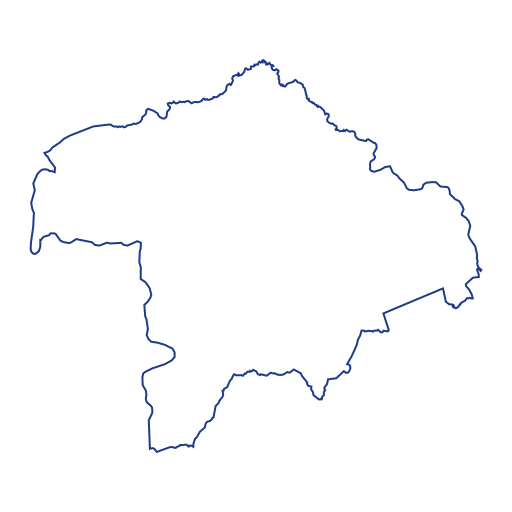 outline of Daffiama Bussie Issa, Upper West, Ghana
{"feature_id": "2480657B92911606303429", "entity_name": "Daffiama Bussie Issa", "entity_type": "district", "adm_level": 2, "iso_a3": "GHA", "parent_name": "Ghana", "parent_adm1": "Upper West", "projection": "robinson", "projection_center": [-2.277, 10.369], "detail": "fine", "context": "isolated", "style": "outline", "palette": "blue", "viewbox_px": 512, "rotation_deg": 0, "n_neighbors": 0, "source": "geoboundaries", "source_scale": "gbopen_adm2", "svg_char_len": 5973}
<svg xmlns="http://www.w3.org/2000/svg" viewBox="0 0 512 512"><path d="M472.8,298.4L471.5,293.9L468.8,289.1L466.1,286.2L465.8,284.2L472.9,277.7L478.8,277.0L478.6,274.0L477.0,269.7L477.8,268.6L478.4,268.5L480.6,270.9L481.3,269.9L478.4,267.3L477.5,265.2L477.2,262.8L477.6,261.1L476.9,258.4L477.1,254.8L475.2,246.4L469.5,238.1L468.5,235.3L468.4,233.6L470.3,225.9L468.6,221.1L466.3,218.0L461.9,215.1L461.8,213.8L463.6,209.5L462.3,206.0L459.3,201.3L455.2,199.2L450.0,194.2L449.6,190.6L448.4,187.8L447.4,187.1L440.4,186.5L436.1,182.3L432.2,182.1L426.1,182.8L423.4,184.7L422.3,188.2L420.8,189.2L413.9,190.3L408.7,189.7L406.8,188.2L404.0,182.6L399.4,178.4L397.5,175.7L393.5,173.1L392.4,171.8L390.1,166.3L385.3,167.0L380.2,169.9L374.1,171.8L370.9,170.7L369.9,168.9L370.3,166.6L369.9,165.2L370.4,162.3L370.7,161.5L373.9,159.4L374.9,157.8L375.0,156.6L373.8,155.1L373.6,153.3L376.6,148.1L376.4,144.8L375.1,143.1L373.7,142.8L368.4,139.3L366.8,139.6L366.3,140.9L365.5,141.0L358.2,139.3L355.8,136.8L355.2,135.5L355.3,133.8L354.3,131.8L351.9,131.1L349.9,131.8L346.3,129.7L345.0,131.1L343.8,130.0L343.0,131.2L341.7,130.9L340.1,131.4L338.0,130.0L335.8,129.9L335.6,129.3L336.8,128.6L336.3,126.1L334.1,125.0L332.7,123.5L331.5,123.8L329.0,122.7L327.3,121.0L327.1,119.3L328.8,116.1L328.5,114.2L326.8,113.5L325.3,114.4L324.0,110.6L320.6,107.3L318.6,106.4L318.0,106.8L317.7,105.8L316.9,106.1L316.4,105.0L314.9,104.5L313.9,103.0L312.5,103.2L311.8,101.8L310.7,101.8L308.8,100.6L308.8,98.8L307.5,99.0L306.6,97.3L306.9,96.1L306.2,94.8L304.9,88.9L304.3,87.7L303.2,87.0L302.7,84.7L300.2,83.0L297.6,82.3L296.3,80.5L295.1,79.9L292.9,82.0L287.5,83.6L285.1,86.5L283.0,86.1L283.1,85.3L282.2,85.5L281.8,84.5L280.8,85.2L279.2,83.0L279.3,79.8L278.5,78.8L279.0,76.5L277.2,73.5L278.4,72.1L278.4,70.6L276.3,69.2L274.9,70.3L272.6,69.7L271.5,67.2L272.3,66.1L273.2,66.0L272.7,65.1L271.1,65.2L269.3,62.9L268.1,64.3L266.3,64.6L266.0,64.2L266.7,63.2L265.4,61.8L264.6,62.2L264.3,60.8L263.1,60.1L262.3,60.5L262.4,62.3L261.4,62.0L260.7,62.6L259.6,61.7L258.5,62.6L258.0,64.6L256.4,64.4L254.9,65.5L254.5,64.9L253.6,66.4L250.9,66.6L250.9,68.9L247.9,69.8L246.2,68.3L245.4,68.4L243.9,72.4L241.6,74.9L238.6,75.8L239.1,74.0L238.4,73.2L237.8,74.8L236.5,74.8L233.2,76.2L232.2,78.3L233.0,80.7L231.0,84.8L230.7,85.0L229.8,83.8L227.5,84.9L226.5,86.8L226.0,90.6L222.2,94.1L219.7,94.4L219.4,95.4L218.3,95.8L217.5,96.8L215.5,97.3L213.5,96.9L213.0,98.3L209.0,99.9L207.6,99.8L207.0,99.1L205.2,99.8L204.4,98.9L203.0,98.9L201.4,101.1L197.9,102.3L196.1,101.9L193.7,102.2L191.6,103.3L188.4,101.0L186.2,101.3L184.6,102.2L183.6,101.8L181.7,102.2L179.6,101.5L178.6,102.6L176.0,103.5L173.6,101.6L172.8,102.8L171.4,103.5L170.3,102.8L167.8,103.5L168.0,104.9L170.1,107.1L170.0,107.7L169.4,109.5L167.3,111.4L166.4,116.9L164.4,118.6L162.0,118.3L159.7,116.9L158.3,115.3L157.6,113.5L153.6,110.8L148.1,108.8L146.2,110.4L146.2,112.6L145.5,114.4L142.2,117.2L142.0,119.3L141.3,120.4L139.7,122.3L135.8,124.0L133.6,123.6L131.7,124.7L127.3,125.4L125.3,127.0L123.9,127.3L122.5,126.3L120.2,126.9L119.2,126.4L117.7,127.2L116.4,126.4L114.5,126.6L112.7,126.0L110.6,124.6L108.3,124.6L93.4,126.4L69.7,135.7L63.7,139.0L59.9,142.5L52.5,147.4L50.2,150.3L47.6,151.9L44.5,152.9L46.2,155.7L47.5,156.3L49.4,160.0L55.0,167.5L54.7,172.2L51.5,171.0L49.7,171.2L48.2,169.9L45.5,169.3L42.7,169.5L40.5,170.8L37.4,174.0L33.3,183.5L34.8,190.2L31.2,202.8L32.4,209.3L33.9,212.8L33.2,227.0L31.0,242.2L30.7,247.6L30.8,250.1L31.7,252.2L33.3,253.6L35.1,254.0L38.8,251.3L40.3,246.8L40.3,239.8L41.2,239.8L42.7,237.6L44.1,236.6L49.1,235.2L50.2,233.6L51.2,233.3L54.6,233.4L55.8,234.1L60.3,240.5L63.1,242.0L69.0,243.1L71.3,242.3L76.2,239.1L91.8,242.2L94.9,244.9L99.4,245.6L106.9,242.7L110.5,243.5L121.2,242.8L123.6,244.8L127.4,245.6L137.3,241.2L140.9,242.8L140.7,248.3L139.8,251.5L139.3,262.3L140.8,267.1L140.7,279.0L145.2,282.0L147.6,285.1L149.7,288.3L151.3,294.7L150.3,297.9L147.5,301.9L144.3,304.9L145.2,316.3L146.4,318.9L147.9,328.9L146.7,335.2L148.5,339.1L151.3,341.8L157.2,342.6L164.8,344.8L172.6,348.7L174.6,352.5L174.6,357.0L171.6,360.5L164.6,364.3L152.5,368.3L145.2,371.9L143.2,373.5L142.4,377.3L142.7,385.2L145.9,390.6L146.4,394.9L145.8,398.6L146.7,402.2L150.9,405.8L151.9,407.3L152.4,411.2L152.2,413.1L148.8,420.1L149.9,448.8L152.3,448.1L154.2,448.7L156.8,451.9L169.8,447.2L172.4,447.0L174.2,447.8L175.9,447.8L176.3,447.1L179.4,446.0L180.2,444.9L182.4,445.2L186.1,444.6L187.9,445.5L188.2,446.4L188.9,446.6L189.6,445.7L191.4,445.7L193.3,446.8L193.4,443.8L195.0,438.8L197.0,437.0L199.8,431.8L204.6,427.7L205.8,423.3L207.4,421.7L210.0,420.9L211.8,419.3L212.6,417.7L213.5,417.5L215.6,406.1L218.7,402.8L219.3,401.0L222.7,396.5L223.2,394.4L222.5,390.8L223.6,390.6L224.0,389.0L227.2,387.1L230.0,380.6L231.4,379.2L233.8,374.4L234.6,374.3L236.0,375.3L241.4,375.2L242.9,375.8L244.2,374.1L245.0,373.5L245.6,373.8L247.5,371.7L249.4,371.8L249.9,370.9L250.8,371.5L251.9,371.2L253.1,369.8L256.4,371.5L257.7,374.0L260.0,375.1L260.8,374.3L266.8,375.7L270.6,372.7L273.3,373.5L274.6,373.2L277.4,374.6L280.3,375.0L283.5,374.5L287.1,372.1L289.8,372.6L293.8,369.5L300.7,373.2L302.0,376.0L307.2,382.4L307.1,383.8L308.4,385.9L311.4,386.6L311.1,389.4L312.8,391.9L313.6,395.3L319.1,399.5L320.7,399.0L321.3,399.5L322.1,398.6L321.9,397.3L324.0,394.8L323.8,392.0L325.2,390.2L324.4,389.0L324.4,387.7L327.0,384.0L328.1,379.3L336.2,378.3L343.9,371.1L346.0,372.9L348.0,372.6L349.1,371.5L350.3,368.6L350.2,366.0L349.1,364.7L347.1,364.1L351.7,356.2L355.1,348.7L357.1,343.8L357.8,340.0L360.2,335.4L361.5,330.6L364.0,330.6L364.8,331.5L368.5,330.8L372.7,331.2L373.0,331.6L374.0,330.7L377.1,330.6L378.0,329.8L380.9,332.4L382.4,332.3L383.5,330.7L387.5,331.4L388.4,330.8L388.3,330.1L388.7,329.9L383.4,313.4L443.0,288.4L445.8,301.6L449.3,304.4L451.5,304.3L453.6,305.1L453.8,306.0L452.6,305.8L452.8,306.7L453.6,307.5L455.4,307.7L455.9,308.3L458.4,306.9L459.0,305.4L460.3,304.7L460.2,304.0L461.1,302.9L464.9,300.8L467.1,298.1L468.5,298.3L469.5,297.8L471.3,298.5L472.8,298.4Z" fill="none" stroke="#1e3a8a" stroke-width="2"/></svg>